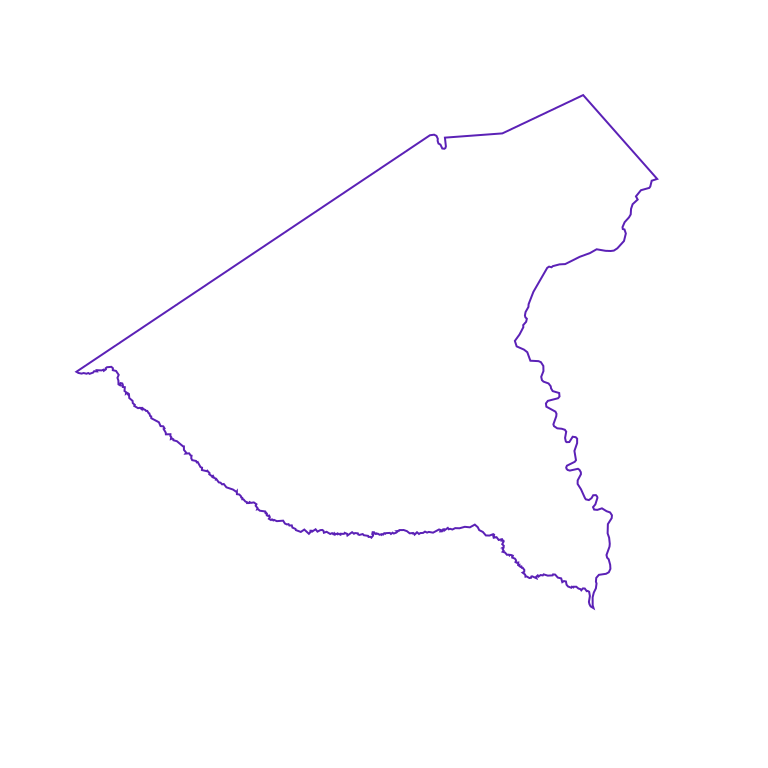 Nalolo, Western, Zambia (Mercator projection), rotated 351°
{"feature_id": "96606910B50694573542024", "entity_name": "Nalolo", "entity_type": "district", "adm_level": 2, "iso_a3": "ZMB", "parent_name": "Zambia", "parent_adm1": "Western", "projection": "mercator", "projection_center": [22.885, -15.831], "detail": "fine", "context": "isolated", "style": "outline", "palette": "violet", "viewbox_px": 768, "rotation_deg": 351, "n_neighbors": 0, "source": "geoboundaries", "source_scale": "gbopen_adm2", "svg_char_len": 6157}
<svg xmlns="http://www.w3.org/2000/svg" viewBox="0 0 768 768"><g transform="rotate(351 384 384)"><path d="M468.3,145.5L82.1,323.8L83.9,325.3L86.9,326.4L89.1,326.2L91.8,327.3L93.6,326.9L94.8,327.9L98.5,327.2L99.7,326.0L102.6,326.7L102.4,325.4L107.2,326.4L109.2,326.0L109.4,327.1L111.6,326.0L111.6,324.9L113.0,324.1L117.4,324.4L118.7,326.0L118.3,327.9L121.4,329.2L123.4,333.5L121.7,336.2L122.2,339.1L121.7,342.8L123.0,343.9L124.0,341.9L125.6,342.5L125.9,344.0L125.0,344.7L125.8,345.3L125.6,346.1L127.5,346.6L126.6,350.3L128.0,351.8L127.7,352.9L128.3,352.5L129.3,354.0L129.7,353.2L130.5,354.0L130.2,358.0L133.0,361.3L132.9,363.6L134.6,365.6L133.9,366.6L137.3,369.4L139.2,369.3L140.2,370.4L140.1,369.7L141.4,369.7L142.3,370.7L141.9,371.0L144.2,372.3L144.8,373.4L146.0,373.6L147.0,376.1L147.6,376.3L148.1,379.1L149.0,379.6L148.8,381.4L155.7,386.6L156.7,390.6L159.4,391.3L160.3,393.5L159.3,394.0L160.8,397.8L160.7,399.6L165.2,400.2L164.9,402.1L165.5,403.0L164.9,405.0L166.2,404.7L167.3,405.7L167.2,406.6L170.5,408.1L175.6,414.0L176.6,414.3L176.1,417.8L177.9,420.9L177.1,421.7L180.7,422.0L181.8,424.3L182.7,424.7L182.0,427.1L182.6,429.2L186.3,430.6L186.8,432.1L187.8,431.9L189.8,437.4L191.2,438.2L190.7,440.5L195.4,442.4L195.9,442.0L197.8,444.8L197.3,445.8L199.8,448.3L200.7,447.9L201.2,449.4L200.7,449.6L203.2,451.2L203.0,452.0L203.7,451.9L205.4,455.3L207.1,455.9L208.4,457.8L210.1,457.7L212.2,461.4L218.3,464.6L221.4,467.5L221.9,467.0L221.5,469.8L223.8,470.5L225.3,472.7L225.2,473.7L226.2,474.3L226.0,475.7L227.1,475.9L228.7,478.4L230.6,479.6L230.3,480.2L232.4,480.5L232.9,479.7L234.0,480.6L236.9,480.6L239.2,482.8L238.2,484.2L239.7,486.8L239.1,487.9L239.9,487.8L241.5,489.7L246.7,491.3L246.7,492.9L247.2,493.5L247.5,492.8L248.1,493.8L247.7,495.4L248.9,496.2L249.9,495.9L250.2,496.7L250.4,497.7L249.2,499.1L251.1,500.7L252.2,500.2L253.3,501.4L254.1,501.0L256.7,502.7L263.0,503.2L264.3,506.3L266.1,507.5L267.8,507.5L268.4,509.0L270.8,509.2L271.1,511.5L273.9,513.3L274.1,514.5L278.7,517.1L282.5,515.3L286.4,520.2L287.9,519.0L288.4,517.4L289.8,517.7L290.0,518.5L293.7,516.8L295.2,519.4L298.2,518.4L300.2,518.5L301.2,519.4L301.4,521.5L304.2,521.0L307.4,523.7L309.4,523.2L310.4,524.4L311.4,523.6L312.0,525.1L313.2,524.4L314.5,525.1L314.9,524.4L317.4,526.0L317.7,525.1L320.4,525.7L321.6,525.6L321.9,524.9L324.1,526.2L324.2,527.9L329.3,525.4L330.9,527.2L332.0,526.7L334.8,527.4L335.0,528.6L336.1,529.2L339.5,528.9L340.4,530.2L344.5,531.5L344.8,532.6L346.8,532.9L347.5,533.8L349.4,532.1L349.6,531.1L348.9,530.4L349.6,528.6L351.0,528.9L351.3,530.1L352.8,530.3L352.6,530.8L354.7,531.0L356.0,532.2L357.7,532.0L357.9,532.5L358.7,532.0L359.5,532.6L360.9,531.4L361.8,532.1L362.5,531.6L366.5,532.0L367.4,533.2L369.2,532.2L370.3,533.2L372.9,532.7L374.2,531.9L373.6,531.3L375.9,531.3L376.3,530.7L380.6,531.3L383.6,532.9L386.0,535.5L389.3,535.7L389.3,536.3L390.5,536.6L390.7,537.5L391.4,537.1L391.6,535.8L391.9,536.7L393.4,535.6L395.1,537.6L396.6,536.9L399.3,537.2L401.4,536.2L403.3,537.5L405.1,537.1L409.2,538.5L415.6,536.3L417.4,537.2L416.6,538.4L418.2,538.6L419.7,536.8L420.7,536.9L420.7,538.1L424.5,536.1L425.2,537.6L426.7,537.4L428.8,538.4L431.8,537.5L436.0,538.3L441.5,537.7L446.4,539.0L451.7,537.1L454.2,540.1L455.2,543.2L458.5,545.6L460.9,549.5L464.5,550.2L468.4,549.4L469.1,550.0L468.6,550.7L469.1,551.9L468.2,551.8L468.3,553.0L471.2,552.9L472.9,556.0L476.3,555.7L476.8,556.9L475.9,556.5L475.6,557.1L477.5,557.6L477.5,558.3L475.7,560.7L477.0,562.5L476.6,563.9L475.4,564.4L476.2,564.8L475.4,566.0L476.1,567.5L475.0,568.3L477.2,569.4L478.7,571.9L480.6,572.1L481.0,572.8L481.7,571.8L481.6,572.4L483.5,573.1L483.6,574.4L484.1,574.3L483.5,575.5L485.9,576.9L486.6,578.1L486.8,579.4L486.0,580.4L487.0,581.3L488.7,581.3L488.1,583.8L488.7,584.3L489.5,584.0L489.4,585.2L490.4,586.1L491.2,585.8L491.5,587.2L492.3,587.3L493.5,589.6L493.1,591.4L491.4,592.0L493.6,594.3L493.6,596.4L494.5,596.2L497.3,598.4L498.9,598.4L499.4,597.2L500.2,597.1L504.2,599.7L504.0,598.3L505.9,597.1L506.4,598.4L508.8,597.2L510.9,597.9L511.9,597.0L515.8,598.9L520.6,599.4L521.2,598.5L523.2,599.0L525.4,602.4L528.6,603.7L529.1,607.6L530.9,606.8L532.8,607.5L532.9,610.8L534.1,612.8L537.1,614.5L537.9,613.6L539.2,614.5L539.6,613.9L542.2,614.3L544.0,616.4L546.0,617.4L546.6,618.6L548.5,617.0L550.3,617.4L551.8,620.3L552.7,620.2L554.1,621.3L554.2,625.6L552.3,631.3L552.5,633.7L553.3,636.0L555.9,638.2L555.5,635.2L556.7,627.3L558.6,622.8L561.3,619.0L562.7,614.3L562.4,612.4L563.3,608.7L566.4,606.1L573.6,606.2L576.6,605.1L578.7,602.0L579.1,598.0L578.5,592.3L577.2,590.4L577.0,587.7L581.3,579.9L582.0,577.1L582.3,571.0L581.5,566.5L583.2,557.4L587.9,552.1L588.6,549.3L587.2,546.2L584.0,544.5L579.8,540.9L575.0,541.7L571.9,540.9L571.2,538.3L573.9,536.0L577.0,529.8L576.9,528.5L575.9,526.9L573.2,526.6L571.1,529.2L568.2,530.7L565.3,529.5L564.6,528.0L562.1,518.8L559.6,513.0L560.2,509.5L564.4,503.9L564.6,501.9L563.6,499.3L562.3,498.1L554.0,498.6L551.9,497.6L551.0,496.2L550.9,494.9L551.9,493.3L560.2,490.7L561.7,489.3L561.6,479.9L565.5,472.6L566.2,468.2L565.0,466.5L562.1,465.6L558.0,470.3L555.3,470.0L554.6,469.2L554.4,465.6L556.5,459.6L555.5,457.5L552.5,456.0L548.2,454.9L545.3,452.2L545.0,450.3L549.1,442.8L549.7,440.4L549.0,438.1L540.8,431.8L540.9,428.5L543.2,426.3L553.7,425.3L555.4,423.8L555.6,420.3L549.5,417.4L548.3,414.4L548.3,412.3L546.6,409.2L541.9,406.6L540.6,404.9L540.4,401.5L543.5,396.2L544.2,391.1L542.4,387.0L540.2,385.6L532.2,383.9L530.5,375.0L527.6,371.9L520.9,367.6L520.0,361.9L525.6,356.3L530.5,349.7L530.7,347.6L534.1,344.8L535.3,341.9L534.1,340.3L533.9,338.4L535.1,335.0L538.7,330.5L539.3,327.8L546.0,316.3L563.4,294.8L565.4,293.9L567.7,294.9L569.2,294.0L576.1,293.3L581.7,293.9L597.2,289.0L607.9,286.9L615.1,284.2L623.6,287.1L628.7,288.1L631.9,288.2L635.7,286.5L643.4,280.3L646.4,273.2L645.7,269.0L644.1,268.3L644.1,266.4L647.0,261.8L652.0,257.8L654.2,255.1L655.4,249.7L657.7,245.3L663.4,241.5L662.2,238.1L668.1,232.8L676.7,231.8L677.9,230.6L680.2,225.1L685.9,224.2L625.9,129.8L540.1,155.0L482.7,150.2L482.3,159.0L481.5,160.6L480.4,161.1L478.4,160.5L477.2,156.4L475.4,155.0L475.0,152.2L475.5,150.2L474.6,147.1L472.5,145.6L468.3,145.5Z" fill="none" stroke="#5b21b6" stroke-width="2"/></g></svg>